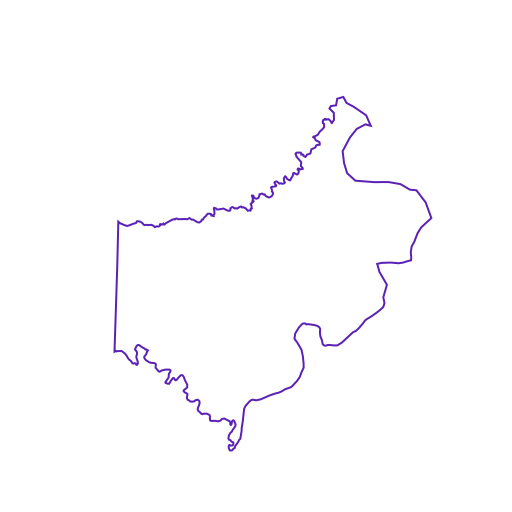 the district of Nkwanta North, Volta, Ghana, rotated 210°
{"feature_id": "2480657B6503151283934", "entity_name": "Nkwanta North", "entity_type": "district", "adm_level": 2, "iso_a3": "GHA", "parent_name": "Ghana", "parent_adm1": "Volta", "projection": "natural_earth1", "projection_center": [0.278, 8.552], "detail": "fine", "context": "isolated", "style": "outline", "palette": "violet", "viewbox_px": 512, "rotation_deg": 210, "n_neighbors": 0, "source": "geoboundaries", "source_scale": "gbopen_adm2", "svg_char_len": 6099}
<svg xmlns="http://www.w3.org/2000/svg" viewBox="0 0 512 512"><g transform="rotate(210 256 256)"><path d="M120.5,276.9L121.3,279.6L125.1,283.9L128.2,296.5L141.1,303.9L147.1,309.8L143.7,312.9L136.0,317.7L128.9,321.0L125.5,323.7L121.9,327.6L119.6,329.8L121.0,332.7L123.8,336.5L126.0,342.2L126.0,347.2L127.5,356.8L127.2,363.6L123.1,376.5L135.8,387.2L149.9,393.1L155.9,390.4L166.8,390.5L178.2,386.3L190.7,379.0L207.6,370.9L218.5,373.3L226.2,380.5L233.4,390.1L233.9,405.7L232.3,416.4L227.1,424.7L221.7,426.1L230.9,432.9L246.0,434.1L254.1,433.8L259.9,437.4L264.3,432.8L262.0,426.5L266.1,423.3L266.1,420.4L260.3,419.0L256.5,412.8L256.8,409.0L257.2,409.0L258.2,409.9L261.1,410.7L261.9,410.6L263.4,409.1L264.1,409.6L264.9,409.2L265.3,407.7L265.8,407.1L265.2,405.5L264.6,404.5L263.3,404.5L263.0,404.2L262.4,403.3L262.2,402.7L261.7,402.3L261.5,401.1L261.9,398.7L262.9,395.9L263.1,393.3L263.0,392.0L264.5,389.7L264.7,389.2L265.9,388.2L265.9,387.5L263.8,387.4L262.6,386.3L261.9,386.1L258.1,386.4L257.0,385.3L256.5,384.1L258.5,382.9L259.2,381.5L258.9,380.0L259.1,379.2L261.4,376.1L260.2,372.2L260.4,371.7L262.5,369.2L262.7,366.5L265.1,366.5L265.6,367.3L266.6,367.2L267.5,366.5L268.2,367.5L268.9,367.9L272.1,366.1L272.7,365.5L272.9,364.6L272.7,364.0L271.8,363.5L270.7,362.3L264.0,360.0L263.2,358.9L263.1,358.0L261.9,356.2L259.6,355.5L259.1,354.8L260.2,354.1L260.5,353.4L260.9,353.1L262.8,353.1L263.4,352.6L263.2,351.7L261.8,351.2L261.0,350.4L260.7,348.4L260.9,347.5L261.4,347.0L264.6,346.9L265.0,346.6L265.1,346.0L264.4,344.6L264.3,343.6L264.4,340.7L264.2,339.5L264.3,338.5L265.7,338.2L267.9,338.4L269.9,339.6L270.6,339.6L270.8,337.8L270.5,336.8L269.2,335.0L267.7,334.1L267.9,333.2L268.5,332.4L269.3,331.7L270.9,331.4L271.8,330.4L275.1,330.9L275.9,330.6L276.7,329.6L276.6,328.6L275.5,327.9L274.1,327.5L273.6,326.8L273.9,326.1L274.7,325.6L274.9,325.2L276.9,323.8L277.2,322.8L275.3,321.3L274.5,319.9L273.6,319.4L273.3,319.5L272.4,318.6L272.2,317.7L272.3,315.8L273.4,313.7L274.4,313.0L277.7,312.8L279.2,313.7L280.1,313.0L282.0,313.1L283.8,311.2L283.4,310.5L282.9,307.7L284.0,306.0L284.8,305.6L285.5,305.5L287.3,305.8L288.3,306.8L289.0,306.8L289.7,306.4L289.5,305.9L287.3,304.1L286.6,302.0L286.1,302.7L285.5,302.3L285.6,301.0L286.6,298.4L284.9,297.2L284.2,296.1L284.2,295.7L283.5,295.1L284.1,294.3L283.6,293.5L283.5,292.5L284.6,292.2L285.7,291.1L288.7,292.1L291.4,291.9L292.2,291.1L293.8,291.3L294.8,290.1L296.1,287.5L297.2,287.4L298.4,286.5L299.9,286.8L301.1,286.4L302.0,284.5L301.1,282.6L302.2,281.5L303.1,281.2L307.9,280.8L312.2,277.2L313.5,276.8L314.3,277.2L316.3,276.8L316.4,276.4L315.8,275.3L314.7,274.5L314.1,273.3L313.3,272.3L312.9,271.0L313.6,269.9L312.9,269.4L315.0,268.7L315.6,269.7L316.3,269.9L318.8,268.6L319.3,266.9L319.4,265.3L320.1,263.6L320.2,261.1L321.1,260.4L320.8,259.0L321.8,256.7L323.5,256.0L328.9,256.0L329.9,255.3L332.5,255.6L334.1,253.3L335.7,252.7L341.8,248.9L343.1,248.9L343.8,248.6L344.5,247.6L344.6,247.0L345.4,246.9L346.6,245.7L350.5,239.3L351.1,237.4L351.6,237.2L352.4,237.7L353.2,236.0L354.4,236.0L354.9,235.8L355.0,235.3L354.4,234.4L354.7,233.3L355.1,232.8L356.8,232.1L357.9,230.6L358.2,230.4L360.1,231.0L361.0,230.7L361.8,230.8L362.7,230.4L364.5,229.0L366.4,228.3L367.4,227.4L368.2,227.0L369.1,227.0L370.4,227.6L371.9,227.8L374.1,227.7L375.6,227.1L376.2,226.8L376.6,226.2L376.3,225.0L376.5,224.5L378.8,222.1L381.0,219.3L382.5,217.6L385.4,217.0L390.0,216.4L392.4,216.9L370.9,177.5L330.7,102.4L330.0,103.7L329.3,103.5L328.8,104.1L327.2,105.1L324.8,106.5L324.2,106.5L320.9,106.0L318.4,105.1L316.7,104.0L314.3,102.9L311.7,102.5L309.3,101.3L308.6,101.4L307.3,102.6L306.3,102.7L305.3,102.0L304.7,102.2L304.5,103.2L304.7,104.1L305.9,105.7L309.0,108.4L309.6,109.7L309.8,111.0L310.6,112.7L311.7,113.7L314.0,114.5L314.4,116.8L314.3,118.8L313.8,119.8L313.0,120.4L308.1,120.0L306.2,120.2L305.0,119.7L304.0,120.3L302.8,120.3L302.4,120.2L302.4,119.8L302.5,118.9L302.0,115.9L302.4,112.9L301.9,112.0L301.3,111.6L299.2,110.7L295.3,110.6L293.5,111.0L290.6,112.4L289.2,112.5L288.5,112.0L287.1,109.0L282.5,107.4L281.6,107.6L280.1,110.1L277.8,112.2L274.0,114.4L272.8,114.2L272.4,112.8L272.5,110.4L270.9,106.9L271.4,101.5L270.9,100.9L268.8,101.2L267.3,102.0L267.4,103.5L267.3,105.7L266.9,108.7L265.9,109.2L264.5,108.3L263.4,108.2L263.2,108.4L262.7,109.5L262.3,112.2L261.5,115.1L260.8,115.7L259.6,115.9L257.7,114.9L256.0,113.3L251.1,110.1L249.9,107.6L251.1,104.6L251.4,103.4L251.2,102.9L250.9,102.6L249.3,102.3L247.7,102.4L246.3,102.1L245.9,101.3L245.1,98.8L243.5,97.3L241.8,97.5L240.2,97.1L238.1,98.2L236.7,99.4L236.4,100.7L234.8,102.3L233.2,102.3L232.3,101.8L231.4,100.6L230.7,98.4L230.4,95.6L229.8,93.9L228.1,92.9L225.6,92.5L224.5,92.0L223.4,92.2L222.0,93.6L219.9,94.8L217.1,95.1L216.6,95.0L215.5,93.9L215.1,92.9L213.5,90.7L212.4,90.7L209.9,92.3L207.4,93.5L206.7,93.6L205.4,94.5L204.4,95.8L204.1,97.6L203.8,98.0L202.2,99.4L195.9,99.7L195.3,99.2L194.0,97.3L193.3,97.1L193.1,98.1L194.0,100.7L194.0,101.5L193.6,102.3L192.4,102.3L189.5,99.9L188.8,98.1L189.3,93.1L189.1,91.9L189.8,89.9L189.7,87.1L189.1,85.2L188.6,84.2L187.7,83.4L186.8,83.7L185.7,83.6L184.4,83.0L182.9,83.2L182.1,82.9L181.4,81.1L181.5,80.3L183.2,79.1L184.4,79.2L184.7,78.8L184.7,78.1L184.5,77.4L183.1,75.6L181.5,74.6L181.0,74.7L179.5,75.7L179.2,77.8L178.4,79.1L179.0,81.1L178.5,85.1L178.6,88.4L178.2,89.8L180.9,97.1L182.3,99.7L185.0,106.7L189.9,117.8L190.1,121.1L188.9,126.8L188.2,128.6L187.2,129.8L183.6,131.2L180.2,134.3L174.3,142.3L170.4,146.7L168.0,149.0L166.0,151.7L164.2,155.2L161.4,158.3L159.8,160.5L158.0,168.2L157.6,173.2L158.4,177.7L158.9,183.1L161.3,187.1L165.3,192.6L169.3,197.1L170.3,197.9L177.2,201.8L180.7,203.2L181.4,203.8L183.1,208.0L183.3,209.4L183.1,215.6L182.1,219.9L181.7,220.8L180.7,221.7L179.3,222.2L178.2,221.9L176.7,223.1L170.6,225.5L167.9,226.1L166.1,226.0L165.3,225.8L163.9,224.8L162.5,221.9L160.1,218.6L157.0,216.2L154.2,213.1L153.4,212.8L152.2,212.6L150.8,213.1L149.4,214.8L148.1,215.6L144.1,217.4L140.9,219.2L138.3,224.0L133.9,238.4L132.0,241.2L130.9,244.6L129.7,250.9L129.3,254.7L128.5,256.7L126.1,261.0L123.2,267.2L121.5,271.5L120.4,275.0L120.5,276.9Z" fill="none" stroke="#5b21b6" stroke-width="2"/></g></svg>